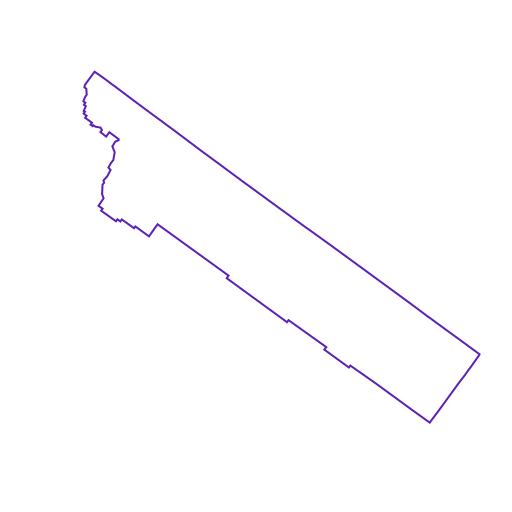 Washoe, Nevada, United States of America (Albers equal-area conic projection), rotated 126°
{"feature_id": "52423323B90728161292494", "entity_name": "Washoe", "entity_type": "district", "adm_level": 2, "iso_a3": "USA", "parent_name": "United States of America", "parent_adm1": "Nevada", "projection": "albers", "projection_center": [-119.703, 40.582], "detail": "fine", "context": "isolated", "style": "outline", "palette": "violet", "viewbox_px": 512, "rotation_deg": 126, "n_neighbors": 0, "source": "geoboundaries", "source_scale": "gbopen_adm2", "svg_char_len": 1481}
<svg xmlns="http://www.w3.org/2000/svg" viewBox="0 0 512 512"><g transform="rotate(126 256 256)"><path d="M202.1,447.8L201.9,459.6L201.8,467.1L201.7,469.5L201.7,469.9L201.7,470.0L201.8,473.7L201.7,475.8L201.6,484.3L201.6,484.8L201.8,494.9L218.0,495.0L220.4,494.0L220.4,491.6L225.0,487.8L228.0,487.7L232.3,486.6L232.3,484.1L234.8,484.1L234.8,481.7L240.0,480.6L239.8,479.2L242.1,479.2L242.1,475.5L244.6,475.5L244.6,467.0L247.0,467.0L247.0,464.5L245.8,464.5L245.8,462.0L243.5,457.2L244.6,454.7L247.2,454.7L247.5,447.4L242.1,447.4L242.1,446.6L242.2,435.8L243.1,435.2L246.2,437.1L251.8,436.6L255.1,431.3L262.3,427.8L266.1,428.0L271.2,427.4L271.9,424.2L278.9,423.2L284.5,423.8L286.1,421.9L288.5,422.1L296.2,417.0L295.7,417.9L298.9,413.2L308.0,412.9L307.9,407.9L310.4,407.9L310.2,389.7L307.8,389.7L307.8,386.0L305.3,386.1L305.2,371.0L303.0,371.0L303.0,354.1L288.2,354.3L288.0,266.7L291.2,266.6L291.3,192.0L288.8,192.0L288.4,145.6L291.6,145.7L291.6,115.3L289.2,115.3L288.7,85.6L288.8,40.7L288.7,17.5L284.2,17.5L273.6,17.3L238.4,17.3L230.3,17.0L222.9,17.1L220.0,17.0L218.2,17.0L205.6,17.2L204.1,17.4L204.1,17.5L204.0,37.7L204.0,58.8L203.9,79.9L204.0,80.9L203.7,101.0L203.5,154.3L203.4,206.7L203.4,207.7L203.4,208.0L203.5,227.5L203.6,232.4L203.6,269.7L203.5,299.8L203.5,309.6L203.5,309.8L203.3,332.8L203.2,338.6L203.2,341.1L203.2,342.0L203.1,361.4L202.8,379.2L202.6,391.1L202.5,399.0L202.5,400.9L202.3,431.9L202.1,447.7L202.1,447.8Z" fill="none" stroke="#5b21b6" stroke-width="2"/></g></svg>